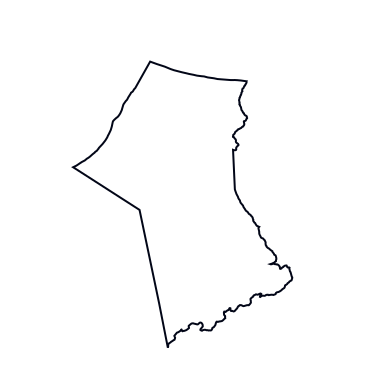 outline of Coronel Felipe Varela, La Rioja, Argentina, rotated 236°
{"feature_id": "61730980B22460334108875", "entity_name": "Coronel Felipe Varela", "entity_type": "district", "adm_level": 2, "iso_a3": "ARG", "parent_name": "Argentina", "parent_adm1": "La Rioja", "projection": "mercator", "projection_center": [-68.539, -29.475], "detail": "fine", "context": "isolated", "style": "outline", "palette": "ink", "viewbox_px": 384, "rotation_deg": 236, "n_neighbors": 0, "source": "geoboundaries", "source_scale": "gbopen_adm2", "svg_char_len": 5800}
<svg xmlns="http://www.w3.org/2000/svg" viewBox="0 0 384 384"><g transform="rotate(236 192 192)"><path d="M323.5,230.2L309.9,203.1L309.5,201.3L308.7,199.7L308.4,198.8L308.4,197.0L307.9,196.2L306.1,192.1L305.2,190.5L304.8,189.7L304.4,187.9L303.1,184.5L302.7,183.8L300.4,181.0L299.2,179.6L297.3,176.5L296.6,174.9L296.0,173.2L295.8,172.3L295.7,170.5L295.3,167.8L294.8,166.0L294.2,165.3L291.1,162.1L288.8,159.3L286.5,155.4L285.7,153.8L284.7,152.3L283.2,149.0L281.8,144.7L280.6,139.4L280.1,138.6L280.0,137.7L279.6,136.9L279.4,136.1L279.4,134.2L279.1,133.4L278.9,130.7L278.4,127.1L278.3,125.3L278.4,123.5L278.1,120.8L278.5,117.2L278.5,110.9L279.0,107.3L206.5,138.5L118.1,102.5L76.4,84.9L76.9,85.5L77.2,85.6L77.5,86.1L78.1,86.4L78.8,87.0L79.2,87.8L79.4,88.7L79.3,90.0L79.5,90.9L79.4,92.7L79.5,93.9L79.3,94.8L79.9,95.7L80.6,96.5L82.6,96.9L82.7,97.1L83.7,100.5L83.8,101.0L83.4,102.3L83.4,104.7L83.4,105.2L83.9,105.9L83.8,106.4L83.6,106.4L83.3,106.2L82.4,106.1L82.1,106.2L81.8,106.4L81.8,106.9L81.2,107.9L80.7,109.9L80.7,111.7L80.9,113.4L81.4,113.7L82.4,114.1L82.9,114.5L83.2,117.4L83.2,118.1L82.6,119.4L81.6,120.2L81.0,120.8L80.5,121.2L80.4,121.4L79.8,121.8L79.1,122.6L79.0,123.0L79.3,125.2L79.2,125.8L78.8,126.2L78.3,126.6L77.7,126.7L76.6,126.7L75.8,126.5L74.5,125.7L73.8,123.4L73.7,122.7L73.4,122.4L73.3,122.1L72.9,121.8L72.4,122.0L71.4,122.7L71.4,123.7L70.8,125.3L70.0,126.3L69.4,126.6L68.5,127.9L68.1,128.1L67.2,129.5L66.8,130.0L66.6,130.5L66.7,131.2L67.2,132.1L67.7,132.6L67.9,133.0L67.8,134.6L68.6,136.9L68.8,137.2L69.2,137.5L69.5,138.0L70.1,138.6L70.5,139.4L70.7,139.8L70.6,140.2L70.0,140.6L69.8,140.9L69.4,142.3L69.2,142.5L68.3,144.6L68.3,145.5L68.4,146.4L68.7,147.6L68.8,149.0L69.9,149.5L70.4,150.0L70.7,150.1L72.1,149.9L72.4,150.0L73.2,150.5L73.9,150.8L74.4,151.2L74.8,151.8L74.6,152.2L74.0,152.5L73.8,152.8L73.8,153.1L74.0,153.7L74.0,155.6L73.7,156.2L73.8,156.9L74.5,157.6L74.7,158.2L74.2,158.8L73.9,158.7L73.4,158.3L73.0,158.1L71.7,157.8L71.3,158.1L71.0,158.8L69.7,159.7L69.6,159.9L69.5,160.6L69.6,161.6L69.9,162.3L70.3,164.4L70.8,165.1L71.2,166.0L71.2,166.4L71.4,166.6L71.4,166.9L71.3,167.6L71.5,168.2L71.2,168.9L70.9,169.1L70.6,169.6L69.0,170.5L68.7,170.7L68.3,171.5L67.5,174.1L66.8,175.4L66.4,175.7L66.4,176.2L67.0,178.3L67.4,179.0L67.9,179.2L68.8,179.9L69.6,180.1L70.5,180.6L70.7,180.8L71.0,182.2L71.1,184.3L71.6,184.8L71.7,185.4L71.7,185.9L71.5,186.2L71.4,187.8L70.3,188.8L70.0,189.4L69.9,190.6L69.6,191.9L69.1,192.3L68.7,192.4L68.2,191.8L68.0,190.7L67.6,190.2L67.1,189.7L66.8,189.9L66.9,190.6L66.8,191.8L66.6,192.5L65.3,194.2L65.1,195.1L65.2,196.0L65.0,196.4L64.4,197.5L63.9,197.6L63.6,197.9L63.3,198.5L63.2,198.9L62.7,199.8L62.5,200.3L61.9,201.1L61.0,202.1L61.0,202.5L60.6,204.0L60.7,204.4L61.3,205.1L61.4,206.1L60.7,207.9L60.5,209.5L60.6,210.0L60.5,210.9L60.9,212.8L60.8,213.9L60.9,215.0L61.6,216.1L62.2,216.6L62.5,216.9L62.5,217.8L62.4,218.2L62.5,219.5L62.9,220.2L62.9,221.9L63.3,222.7L63.1,225.1L63.7,225.8L64.2,226.6L64.9,227.0L65.2,227.4L66.1,227.4L70.5,228.9L71.2,228.8L72.2,229.1L72.8,229.4L73.6,229.6L74.4,230.2L74.7,230.5L75.3,230.2L75.6,229.5L76.0,229.1L76.4,229.0L78.2,229.3L78.4,229.1L79.0,227.7L79.0,226.5L79.1,226.1L79.0,225.9L78.8,225.7L78.9,224.3L78.8,223.8L78.6,223.4L78.7,222.5L79.2,222.1L79.8,222.4L79.9,222.5L80.3,222.6L80.7,222.9L82.0,223.0L83.0,222.8L83.9,222.5L84.5,222.0L84.7,221.5L85.3,221.1L85.9,220.3L87.2,219.3L87.5,217.8L88.0,216.9L88.4,216.6L87.8,218.6L87.7,219.8L87.5,220.1L87.5,221.0L87.7,221.6L87.7,222.9L88.5,223.5L89.1,224.3L89.5,224.6L90.2,225.0L92.1,225.7L92.9,225.8L93.5,225.4L94.1,225.1L95.1,225.4L97.4,225.2L98.0,225.5L100.0,224.7L102.1,224.2L103.0,223.7L104.0,223.4L104.9,223.3L105.3,223.3L105.5,223.5L106.9,223.5L108.7,224.5L109.1,224.9L111.5,225.3L112.3,225.0L113.5,225.0L115.2,223.9L115.8,223.7L116.3,223.9L119.0,224.2L119.9,224.5L121.7,225.6L124.5,226.7L125.0,227.0L125.3,227.5L125.5,228.2L126.4,227.6L126.9,227.4L127.4,227.0L128.1,226.8L129.8,226.8L130.9,227.0L131.8,226.6L132.3,226.7L133.5,226.6L134.0,226.7L134.6,227.3L135.5,227.4L137.0,228.0L138.5,227.9L139.1,227.7L140.4,227.7L141.6,227.1L142.4,226.9L143.8,227.0L144.8,226.8L145.8,226.4L146.6,226.2L147.0,226.2L147.4,226.3L150.7,226.3L152.2,226.7L155.6,226.3L156.6,226.4L158.3,227.0L159.9,226.9L161.0,227.0L162.3,227.4L165.3,227.7L168.5,228.5L170.2,229.0L204.0,249.6L203.3,250.1L202.6,250.9L202.3,251.7L202.3,252.1L202.7,252.6L203.7,253.1L204.2,253.8L204.7,255.4L204.7,256.2L204.9,256.8L205.3,257.0L206.0,257.1L208.1,256.4L208.9,256.4L209.5,256.7L210.2,257.3L210.7,257.5L211.4,257.6L212.0,257.4L212.8,257.3L213.1,257.3L213.7,257.5L214.4,257.0L214.7,256.8L215.0,256.9L215.8,257.8L216.2,258.0L216.6,260.1L217.4,261.1L217.6,261.5L217.7,263.3L217.9,263.6L217.8,264.4L218.2,265.3L218.1,265.7L217.8,266.5L217.8,267.6L217.6,268.6L217.9,269.8L217.7,271.2L218.1,271.6L218.4,272.7L218.8,273.1L219.1,273.4L220.2,273.8L220.6,274.1L221.2,274.2L221.6,274.6L221.6,274.8L221.3,275.5L221.2,276.5L221.7,277.4L222.1,277.9L222.3,278.9L222.5,279.1L223.2,279.2L223.7,279.4L224.0,279.7L224.4,279.7L225.0,279.5L225.7,279.0L226.6,278.8L227.5,278.8L228.1,279.1L229.1,278.7L229.6,278.7L230.3,279.0L232.4,278.9L234.9,280.0L237.0,280.1L237.2,280.4L237.5,280.5L238.2,280.3L238.4,280.4L239.1,281.3L239.6,281.3L240.6,281.9L241.8,282.3L242.0,282.5L242.8,283.6L243.4,283.9L243.7,284.8L244.4,285.4L244.8,286.5L245.2,286.7L245.8,287.9L246.6,288.4L247.1,289.4L247.4,290.2L248.1,290.3L248.6,290.7L249.4,291.7L249.3,292.0L249.4,292.8L250.3,294.2L250.3,294.5L250.7,294.9L250.7,295.7L251.3,296.3L251.4,297.0L252.2,298.4L253.2,298.9L253.3,299.1L257.0,295.0L259.3,292.2L260.9,290.1L262.9,287.0L271.4,276.3L274.0,273.8L278.2,269.1L281.0,266.7L282.7,264.6L285.7,261.2L288.4,258.7L291.6,255.5L293.6,253.7L296.9,250.6L303.0,245.2L305.9,243.0L311.2,239.5L317.6,234.5L323.5,230.2Z" fill="none" stroke="#020617" stroke-width="2"/></g></svg>